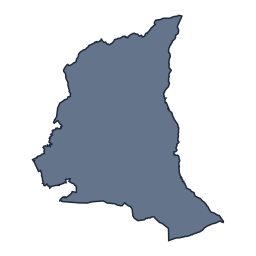 the district of Josenii Bargaului, Bistrita-Nasaud, Romania
{"feature_id": "2599482B1085806390665", "entity_name": "Josenii Bargaului", "entity_type": "district", "adm_level": 2, "iso_a3": "ROU", "parent_name": "Romania", "parent_adm1": "Bistrita-Nasaud", "projection": "orthographic", "projection_center": [24.668, 47.212], "detail": "fine", "context": "isolated", "style": "filled", "palette": "slate", "viewbox_px": 256, "rotation_deg": 0, "n_neighbors": 0, "source": "geoboundaries", "source_scale": "gbopen_adm2", "svg_char_len": 5718}
<svg xmlns="http://www.w3.org/2000/svg" viewBox="0 0 256 256"><path d="M223.2,222.4L223.4,221.3L220.7,217.6L219.4,215.6L218.0,215.3L213.8,212.9L210.8,212.0L208.5,208.1L208.2,207.1L206.8,205.6L205.9,204.1L203.7,201.7L202.6,201.1L201.6,200.2L200.8,199.3L200.7,198.9L196.9,197.0L194.9,195.7L194.4,194.1L194.1,192.8L193.4,192.3L191.7,191.6L190.9,191.0L190.5,190.1L189.9,189.6L189.3,189.5L186.3,187.8L185.7,185.6L184.8,183.5L184.0,182.8L183.7,181.2L182.8,181.5L182.5,181.2L182.4,180.7L182.5,179.5L180.7,177.7L181.5,177.4L180.3,175.8L179.2,172.2L179.2,170.0L179.0,169.5L178.9,167.1L179.4,166.8L178.8,165.7L179.1,165.4L178.8,163.8L179.1,161.9L179.5,161.4L179.7,160.7L178.9,157.9L179.0,156.9L177.9,155.3L177.3,155.2L175.6,155.3L175.0,154.6L174.0,154.7L174.1,153.8L173.8,152.0L175.5,151.7L176.6,150.8L177.0,150.1L175.9,148.3L177.0,145.4L177.0,144.9L176.7,144.3L177.8,143.4L178.8,142.3L179.0,141.9L177.9,140.7L177.8,138.9L178.0,137.9L178.3,137.3L178.2,136.7L178.4,135.8L178.0,134.5L178.2,133.6L178.6,132.4L178.4,131.2L178.8,128.0L178.6,127.6L178.1,127.0L177.7,124.4L174.7,120.1L172.5,115.4L172.0,113.2L171.5,112.4L168.8,110.3L168.0,108.7L168.6,108.7L168.8,109.1L169.0,109.1L166.3,102.7L165.6,102.9L165.2,102.2L165.0,101.0L165.0,100.0L165.4,98.9L165.9,98.2L164.7,98.2L164.1,95.9L163.9,96.0L163.6,93.1L164.4,92.6L164.3,92.0L165.0,90.7L166.2,89.0L168.2,86.9L168.3,86.6L168.7,85.8L169.4,83.4L169.0,82.1L168.5,81.8L168.4,81.6L168.6,80.7L168.7,77.9L169.2,76.4L168.9,75.2L169.0,74.4L169.3,73.4L171.2,70.5L171.0,69.8L170.5,69.5L170.1,68.8L169.6,68.5L169.2,68.0L168.9,66.3L169.0,65.7L169.3,64.9L169.1,63.5L168.8,63.1L168.7,62.5L169.1,61.1L169.1,59.4L169.6,58.7L170.3,56.2L170.2,55.7L169.9,55.3L170.0,54.5L169.8,53.5L169.3,52.8L169.0,52.8L169.0,52.5L168.6,52.1L168.6,50.4L168.8,48.3L169.4,47.3L170.0,45.5L170.7,44.9L170.8,44.5L172.4,41.9L172.4,41.1L173.0,40.7L173.8,39.8L174.9,38.8L175.6,37.2L175.5,36.3L175.9,35.2L176.2,34.7L177.8,33.8L178.2,33.2L178.6,31.3L178.6,30.1L178.1,28.8L177.4,27.2L177.4,26.5L177.8,25.4L181.9,16.2L181.1,15.8L178.8,15.4L177.1,16.2L173.5,16.6L170.1,18.2L168.2,18.3L167.0,18.2L166.6,18.3L165.9,18.2L163.0,18.3L160.7,19.4L159.6,19.7L155.9,20.1L154.5,22.1L154.5,23.7L155.2,24.4L151.0,28.2L150.3,29.5L149.5,30.3L149.1,31.0L147.8,32.3L147.2,33.4L146.3,33.1L145.9,33.4L145.3,34.3L144.7,36.0L143.0,37.0L142.5,37.1L142.1,36.8L142.0,36.0L141.1,35.2L140.3,35.9L139.1,36.0L137.7,34.2L136.3,34.1L135.3,33.8L134.5,33.2L132.7,33.6L131.5,34.3L130.3,34.8L129.9,35.5L128.4,36.3L128.2,36.5L128.0,37.4L127.8,37.7L126.9,37.3L125.7,37.3L126.0,36.9L124.8,36.2L123.2,36.3L122.2,36.8L121.4,37.6L119.3,38.3L118.0,38.4L116.6,39.2L114.6,39.6L114.0,40.9L113.1,42.1L112.0,43.2L111.0,43.7L109.8,44.8L108.7,44.2L107.1,44.0L106.4,43.5L106.4,43.1L105.6,42.2L105.0,42.1L104.1,42.4L103.4,41.9L102.5,41.0L101.9,40.0L101.6,39.2L101.3,39.1L101.1,39.8L100.2,40.5L100.0,41.1L97.7,42.2L96.9,42.1L96.8,41.6L95.3,42.1L94.7,42.4L94.6,42.8L93.6,43.3L91.3,44.5L89.3,45.3L88.9,45.5L88.4,46.7L86.7,48.0L85.8,49.1L84.5,49.7L83.5,49.9L80.9,51.6L79.5,52.9L78.6,54.3L78.0,57.4L76.7,58.7L76.3,60.1L76.1,61.6L75.7,62.1L75.1,62.5L73.9,62.8L71.2,64.9L68.8,65.6L67.8,64.4L67.2,64.6L65.4,66.9L63.9,69.5L63.6,69.9L63.8,71.6L64.6,72.4L65.3,73.4L65.8,75.3L65.7,77.0L66.2,78.9L68.1,82.6L67.9,84.9L69.4,90.7L69.1,91.5L70.6,93.6L70.2,95.2L70.3,96.4L69.6,96.7L68.2,96.8L67.0,99.1L64.5,99.8L62.9,101.2L60.0,103.0L57.7,107.8L56.6,116.8L55.4,118.6L55.2,119.6L54.5,119.8L54.1,121.5L53.6,122.3L54.2,123.2L57.8,120.5L60.0,124.0L60.9,124.6L62.1,126.1L61.7,126.5L61.5,126.4L60.8,126.8L60.7,127.3L61.2,127.8L60.9,128.6L57.9,128.7L58.0,128.5L57.3,128.0L56.7,128.2L55.8,128.3L55.6,129.6L54.9,129.6L54.6,129.9L54.1,130.0L53.8,129.9L53.0,130.1L53.1,130.8L52.3,131.1L52.5,132.0L52.5,132.7L52.3,133.6L52.1,133.9L51.4,134.0L50.8,134.4L51.9,135.2L51.6,135.3L51.1,136.1L50.7,136.4L50.7,136.6L50.0,137.0L49.3,138.3L50.0,138.8L49.0,142.1L51.6,143.6L51.9,144.2L51.7,144.5L51.2,144.3L50.8,144.4L50.2,144.1L49.9,144.2L49.8,144.6L50.3,146.0L50.2,146.5L47.6,145.0L47.7,145.5L48.2,146.0L47.1,146.6L45.9,145.8L44.0,146.2L43.0,147.5L44.4,148.9L44.4,149.5L44.0,151.4L44.1,152.2L44.4,153.0L44.1,153.6L41.6,154.4L41.5,154.8L40.2,155.7L37.9,156.3L37.1,156.8L37.2,157.5L32.6,159.5L33.4,161.0L34.5,160.7L34.2,161.6L34.3,162.1L38.6,171.5L40.4,170.4L40.5,170.5L40.7,171.3L41.6,173.4L41.7,174.0L41.5,175.5L42.3,177.9L43.1,183.0L42.7,183.3L43.6,183.7L43.8,184.2L43.7,185.0L44.5,185.7L45.7,185.5L46.8,184.0L47.5,184.7L48.2,186.0L49.0,185.9L49.8,188.1L50.7,187.3L51.2,186.6L52.2,186.1L56.4,185.4L59.0,185.3L58.8,184.7L59.7,184.6L61.3,184.2L63.2,183.2L63.6,183.4L64.4,182.6L66.1,182.7L66.0,181.5L65.6,179.5L67.5,179.1L70.1,178.8L69.8,179.8L68.8,181.3L70.9,182.6L73.6,183.7L74.9,185.3L76.3,186.5L76.4,192.3L75.1,192.2L72.4,191.6L72.0,191.9L71.8,192.8L71.6,193.1L70.5,194.3L66.0,197.7L65.0,196.7L64.3,197.5L63.5,196.9L62.3,197.5L60.1,199.9L59.8,200.4L59.8,200.8L60.7,200.6L61.3,200.9L61.9,201.5L79.4,202.9L87.5,203.0L91.9,201.8L103.3,200.9L106.0,202.3L106.8,203.0L110.1,203.2L112.2,203.6L114.7,203.6L116.6,204.8L120.5,205.7L122.1,205.8L123.0,204.5L124.8,202.9L126.6,204.6L128.2,205.7L130.5,206.5L130.7,207.2L131.3,207.7L132.2,209.4L132.9,215.8L134.4,218.3L137.9,220.7L144.2,219.8L145.2,219.2L145.8,218.4L147.3,218.4L148.2,217.8L148.9,217.7L150.0,218.0L151.7,217.0L153.8,216.7L155.0,218.2L159.6,222.5L160.5,222.7L162.8,223.9L168.4,228.3L168.6,233.3L168.7,240.6L173.0,239.0L176.9,237.8L179.0,237.9L183.2,237.0L185.2,236.4L186.7,236.4L187.9,236.0L188.8,235.9L191.3,234.8L192.3,234.7L193.7,233.8L196.1,233.2L198.3,232.1L199.5,232.0L202.3,230.3L203.6,229.0L204.1,228.1L207.1,226.1L210.5,224.7L212.2,223.8L213.9,223.5L216.2,222.8L220.0,221.0L222.0,222.1L223.2,222.4Z" fill="#64748b" stroke="#1e293b" stroke-width="1.5"/></svg>